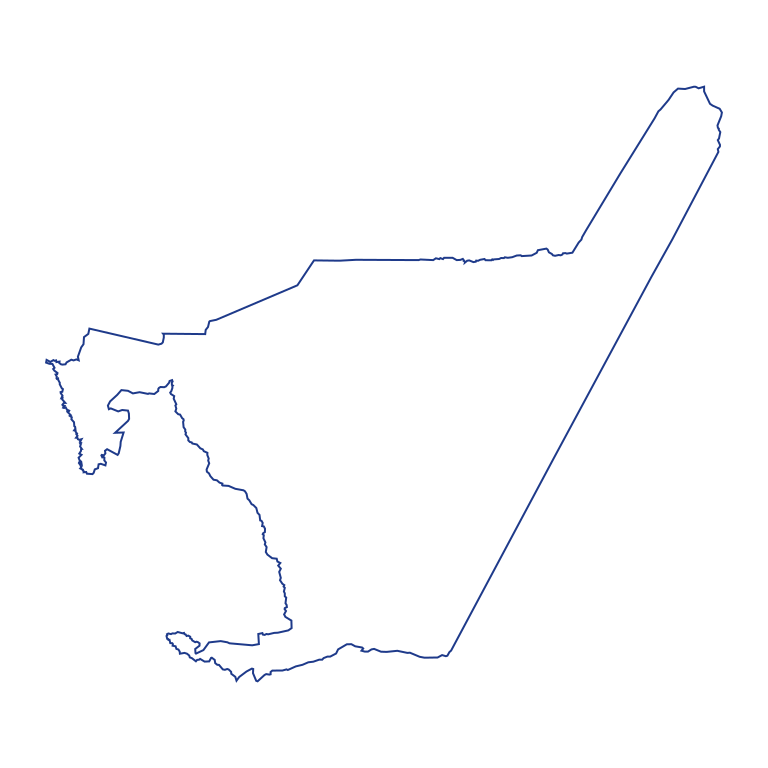 Maicao, La Guajira, Colombia
{"feature_id": "7082276B98586800286799", "entity_name": "Maicao", "entity_type": "district", "adm_level": 2, "iso_a3": "COL", "parent_name": "Colombia", "parent_adm1": "La Guajira", "projection": "albers", "projection_center": [-72.426, 11.405], "detail": "fine", "context": "isolated", "style": "outline", "palette": "blue", "viewbox_px": 768, "rotation_deg": 0, "n_neighbors": 0, "source": "geoboundaries", "source_scale": "gbopen_adm2", "svg_char_len": 6008}
<svg xmlns="http://www.w3.org/2000/svg" viewBox="0 0 768 768"><path d="M236.5,680.7L239.2,677.0L246.5,671.5L251.9,668.6L253.2,669.0L253.0,673.2L256.2,680.8L257.6,681.3L264.5,675.0L266.2,674.1L269.4,674.6L270.6,674.3L270.6,672.0L272.3,670.6L282.5,670.5L286.5,669.4L287.8,670.0L295.8,666.4L302.5,664.8L308.3,662.3L313.3,661.7L319.1,659.7L322.2,659.7L323.6,658.1L327.4,656.6L330.2,656.6L336.1,653.5L338.1,649.4L346.8,644.3L351.4,644.2L355.2,646.3L362.1,647.5L363.2,648.5L361.5,650.7L364.8,651.6L368.0,651.6L371.5,649.4L374.1,648.9L381.0,651.7L386.6,651.9L397.3,650.8L407.4,652.9L409.9,652.7L419.7,656.8L424.5,657.7L437.6,657.5L442.1,655.1L445.9,656.2L447.4,655.7L449.4,652.1L451.1,650.6L553.4,458.9L651.5,276.7L672.3,239.4L718.4,151.9L717.8,149.1L719.9,146.5L720.0,144.9L717.8,140.1L719.0,138.5L720.3,132.1L718.7,129.7L718.8,128.6L717.9,127.8L717.5,125.4L721.2,116.2L721.9,112.5L719.7,108.8L712.6,105.6L710.0,103.8L704.1,91.4L704.1,86.7L698.6,88.3L695.7,86.8L694.0,86.7L685.1,89.0L678.0,88.6L673.6,92.4L668.5,100.0L660.5,109.5L658.4,111.3L654.6,118.3L620.3,173.5L586.2,230.1L582.2,237.0L581.4,239.6L578.7,242.5L572.4,252.7L566.8,253.6L565.5,253.1L563.0,253.3L562.4,254.5L560.7,255.3L558.7,255.0L555.1,255.8L552.9,255.3L551.9,254.0L548.9,252.3L547.7,249.6L546.4,248.6L537.9,250.2L536.7,252.8L531.6,255.5L521.7,256.1L520.7,255.3L516.8,255.5L512.2,257.2L507.8,257.8L504.8,257.3L503.9,258.1L501.1,258.0L499.1,259.0L493.8,259.4L493.0,260.0L492.2,259.4L491.3,260.3L485.5,260.2L484.5,259.0L480.1,259.8L478.1,260.8L476.2,260.6L475.8,261.7L473.4,262.1L469.2,260.4L467.2,260.7L464.9,262.6L465.1,261.7L463.7,260.9L463.9,260.4L462.8,258.9L460.3,259.9L456.7,260.1L452.6,257.8L450.9,257.8L444.1,257.8L443.0,259.1L440.3,258.1L439.3,259.1L435.9,258.3L433.2,260.1L420.4,259.5L418.6,260.1L356.0,259.8L339.5,260.7L314.0,260.4L297.4,285.3L216.3,319.8L209.9,321.1L209.3,321.6L208.0,327.0L205.7,329.9L205.2,334.1L163.1,333.7L163.8,334.6L163.8,337.6L162.8,342.4L161.5,343.7L158.3,344.6L89.4,328.6L88.3,333.9L84.0,337.1L83.5,344.2L81.2,347.4L77.9,356.7L78.7,360.3L76.4,359.4L73.6,360.4L71.3,359.7L66.6,362.4L65.5,364.3L62.4,364.6L61.0,364.3L59.3,363.0L59.5,361.6L56.4,362.1L56.1,360.4L54.5,360.8L53.4,360.1L50.4,361.9L46.6,359.9L46.1,362.6L49.4,363.8L52.4,363.9L54.5,367.8L53.2,369.0L54.4,370.7L57.5,373.0L57.2,374.1L55.6,374.5L56.8,376.7L56.5,378.3L56.9,378.9L58.1,378.5L58.2,379.9L59.8,382.8L59.7,384.2L61.8,388.3L62.9,389.1L62.3,391.8L60.6,392.1L60.7,393.1L62.5,395.6L61.4,398.1L62.5,397.9L62.2,399.4L65.3,402.9L63.8,403.0L62.4,404.8L62.8,405.5L64.5,405.8L63.2,407.7L64.1,408.0L65.7,407.4L66.9,409.6L69.2,410.7L68.7,411.5L67.3,411.1L67.2,411.6L70.8,415.2L69.8,415.9L71.8,417.3L71.4,419.3L74.0,422.2L74.3,426.2L75.1,426.8L75.4,428.5L74.2,430.3L75.6,430.4L75.4,431.3L77.0,433.6L76.3,434.1L77.5,435.8L76.1,437.7L77.4,437.8L77.9,439.2L79.3,439.8L81.5,439.2L79.9,442.0L81.1,442.9L80.2,443.7L80.8,444.3L80.1,446.5L81.8,448.9L81.1,448.9L81.0,450.9L79.3,453.6L81.5,454.8L78.6,457.7L79.5,460.1L81.2,461.7L81.5,463.5L80.1,461.9L79.3,462.1L78.9,463.0L81.3,466.5L80.8,467.1L81.2,467.8L80.4,468.5L82.9,469.7L82.8,470.5L83.9,471.4L83.7,472.3L86.2,472.0L86.9,473.7L92.5,474.1L93.7,472.8L94.8,469.4L98.0,468.2L98.6,464.3L100.8,463.8L105.4,465.4L106.0,462.5L104.3,460.4L104.4,457.6L103.6,457.1L102.3,457.4L101.4,455.4L101.8,454.9L103.8,455.4L105.4,453.4L105.0,450.8L107.1,449.2L117.6,454.9L118.7,453.3L120.4,446.0L120.7,441.8L123.6,432.5L115.1,432.8L128.0,420.9L129.1,418.9L128.9,413.6L128.0,410.6L122.2,410.0L118.2,411.4L110.8,408.4L108.9,409.2L107.9,405.6L110.1,401.4L117.2,394.9L121.4,390.1L128.0,390.8L132.9,393.4L139.6,392.2L148.0,393.9L149.1,393.4L154.3,394.0L158.2,391.0L158.3,388.9L159.0,387.9L160.5,387.0L164.2,387.2L166.0,386.4L169.1,382.7L169.6,381.0L172.1,380.1L172.6,381.6L171.8,382.5L171.9,384.9L172.9,385.6L172.3,386.2L172.4,387.9L171.3,391.2L170.2,392.6L170.9,394.0L174.2,396.1L173.7,398.7L176.3,404.3L175.4,405.5L176.3,408.6L175.4,411.4L178.2,414.2L180.1,414.6L182.1,418.1L183.5,419.2L183.7,420.6L183.1,421.8L183.6,427.2L185.3,429.6L185.2,431.5L186.0,432.7L185.5,434.4L188.3,438.1L188.3,440.4L189.9,442.0L191.7,442.4L192.3,443.5L196.9,444.5L200.3,448.3L202.8,449.4L203.8,451.2L207.4,452.8L207.3,455.0L208.7,458.5L208.2,460.6L209.2,463.3L206.6,469.5L206.9,471.7L209.0,473.4L210.4,476.2L213.5,479.7L216.9,480.3L219.5,482.6L222.4,483.6L222.1,485.0L222.6,485.5L228.6,485.9L235.3,488.8L243.5,490.3L245.0,491.3L246.6,493.9L247.5,498.6L249.3,500.3L251.6,504.2L253.3,505.0L256.3,508.0L257.5,512.8L259.5,514.9L260.2,520.4L261.5,520.8L262.7,522.9L262.1,526.1L263.8,526.4L265.0,528.7L264.9,532.1L263.2,533.2L262.7,534.2L263.8,535.2L263.4,538.2L265.4,542.4L264.8,544.4L266.6,547.1L265.8,552.0L267.4,554.6L272.1,558.2L276.7,558.7L277.4,561.5L280.3,563.0L278.2,565.6L280.8,568.7L279.2,571.9L280.8,577.9L280.0,580.2L282.4,583.8L284.3,585.1L283.6,586.6L284.8,587.8L283.9,591.5L284.8,593.3L284.8,596.3L286.2,597.6L285.5,603.3L286.6,604.9L286.9,607.1L284.8,608.1L284.6,609.1L286.0,611.0L284.1,614.4L285.4,616.9L291.4,620.6L291.6,628.1L288.3,630.4L277.9,632.7L274.2,632.9L268.2,634.3L266.4,634.0L264.7,634.9L262.9,634.6L262.4,633.1L258.3,634.0L258.9,644.1L252.2,645.3L229.5,643.3L227.4,642.3L220.7,641.1L209.0,642.4L203.4,650.1L196.0,653.6L195.5,653.1L195.2,649.0L199.5,645.7L199.6,643.4L198.0,642.2L196.6,641.7L195.2,642.2L192.2,640.4L191.6,638.9L190.2,638.3L190.2,636.7L188.2,635.6L186.6,636.0L185.6,634.4L184.5,634.2L184.0,632.9L182.6,633.3L177.7,632.0L175.2,633.5L172.4,633.4L171.0,634.1L168.3,633.5L167.0,634.2L167.3,635.2L166.5,636.0L167.2,638.8L168.0,638.9L168.4,639.9L169.5,639.8L170.3,643.1L172.3,643.2L172.9,644.1L172.6,645.7L175.6,646.3L176.4,648.9L178.4,649.5L179.7,651.6L179.9,653.7L184.5,652.9L187.0,653.7L189.2,655.5L189.8,657.4L191.8,658.1L195.9,661.3L197.1,659.9L199.1,659.7L200.1,658.9L204.6,661.6L209.2,661.4L211.1,657.9L211.8,657.7L214.7,659.9L215.2,663.1L217.3,664.8L219.0,664.9L222.8,669.4L224.9,669.8L227.2,669.0L228.7,669.5L231.1,671.8L231.3,673.8L235.3,676.8L236.5,680.7Z" fill="none" stroke="#1e3a8a" stroke-width="2"/></svg>